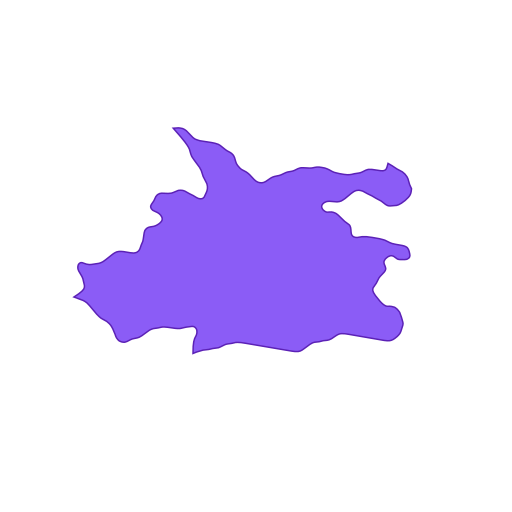 the district of Polo, Barahona, Dominican Republic, rotated 321°
{"feature_id": "3306468B683162392169", "entity_name": "Polo", "entity_type": "district", "adm_level": 2, "iso_a3": "DOM", "parent_name": "Dominican Republic", "parent_adm1": "Barahona", "projection": "natural_earth1", "projection_center": [-71.293, 18.122], "detail": "fine", "context": "isolated", "style": "filled", "palette": "violet", "viewbox_px": 512, "rotation_deg": 321, "n_neighbors": 0, "source": "geoboundaries", "source_scale": "gbopen_adm2", "svg_char_len": 5379}
<svg xmlns="http://www.w3.org/2000/svg" viewBox="0 0 512 512"><g transform="rotate(321 256 256)"><path d="M272.1,104.6L272.5,116.1L272.5,122.5L272.3,126.2L272.0,128.7L271.5,131.0L269.5,135.7L268.8,137.9L268.6,139.1L268.3,142.8L267.9,151.6L267.2,155.2L265.0,160.9L263.4,168.5L263.0,169.6L262.0,171.4L260.7,173.0L259.2,174.3L257.5,175.3L252.8,177.6L251.0,177.7L250.2,177.5L248.7,176.5L247.5,175.1L246.6,173.3L245.2,169.4L243.5,165.7L241.5,160.7L240.4,159.0L239.0,157.6L237.4,156.4L236.5,156.0L231.7,154.6L229.8,153.9L227.1,152.1L222.2,147.8L220.4,146.8L218.4,146.4L217.4,146.4L215.5,146.8L211.4,148.8L207.1,150.1L205.6,150.9L205.0,151.6L204.6,152.5L204.4,153.5L204.5,155.4L205.2,157.0L206.8,160.3L207.4,162.3L207.6,164.3L207.3,166.4L207.0,167.3L206.4,168.2L205.7,168.9L204.8,169.4L203.0,169.8L201.1,169.9L199.1,169.7L197.1,169.3L195.2,168.6L191.9,166.7L190.3,166.0L188.3,165.7L186.4,166.0L185.4,166.4L183.7,167.6L178.9,172.0L177.2,173.4L173.6,175.3L170.4,177.3L168.7,178.0L167.7,178.2L165.7,178.1L164.8,177.8L162.9,176.8L160.4,174.4L155.7,169.1L154.0,167.5L152.2,166.1L150.2,165.1L148.0,164.6L145.8,164.4L136.8,164.3L133.5,164.1L131.3,163.6L129.4,162.9L122.6,158.9L121.0,157.7L119.1,155.6L116.8,151.9L116.2,151.3L115.5,150.8L114.6,150.6L113.7,150.6L112.8,150.8L112.0,151.2L110.6,152.4L109.5,154.0L108.8,156.0L107.8,162.5L107.2,164.6L104.2,170.8L103.0,172.3L101.3,173.3L98.5,173.8L94.4,173.8L88.7,173.3L93.7,181.8L94.5,183.8L95.1,186.1L95.4,189.8L95.6,201.1L96.0,204.7L96.5,207.1L98.8,212.8L99.4,216.1L99.5,218.4L99.2,220.7L98.8,222.7L97.2,228.2L96.6,229.8L96.1,231.7L96.0,233.9L96.1,235.0L96.3,236.0L97.3,237.9L97.9,238.7L99.3,240.1L100.2,240.6L102.1,241.3L106.0,242.1L107.9,242.7L112.2,244.9L114.0,245.6L117.1,246.1L126.6,246.6L128.6,247.1L130.5,247.8L134.7,250.3L138.3,252.1L140.0,253.4L142.4,255.7L147.8,261.5L149.4,263.0L151.1,264.4L152.0,264.9L155.7,266.7L157.4,267.6L161.9,270.4L162.6,271.0L163.2,271.7L163.6,272.6L163.8,273.6L163.8,274.6L163.6,275.7L163.2,276.6L162.1,278.1L161.4,278.8L159.9,279.9L156.4,281.5L153.7,283.4L150.4,286.6L145.7,292.1L149.3,293.2L155.6,295.8L160.5,298.9L164.2,300.7L167.5,302.7L169.2,303.7L170.9,304.2L175.4,305.2L177.1,305.7L178.8,306.6L182.1,308.6L185.8,310.4L187.5,311.7L189.9,313.9L193.0,317.3L223.9,352.4L226.2,354.8L228.7,356.8L230.6,357.7L232.5,358.1L235.4,358.3L242.4,358.6L245.3,359.1L247.1,359.8L251.2,362.4L254.9,364.1L258.1,366.2L259.9,367.1L262.6,367.8L268.3,368.3L270.2,368.6L272.1,369.2L273.8,370.3L276.3,372.5L278.5,374.9L302.4,402.2L304.7,404.5L306.4,405.8L307.3,406.3L308.2,406.7L310.1,407.2L312.0,407.4L315.0,407.4L316.9,407.2L318.8,406.8L319.7,406.5L321.4,405.6L326.4,402.3L327.5,401.3L328.0,400.7L328.7,399.3L330.5,395.1L332.2,390.2L332.3,388.0L332.2,385.9L331.7,383.7L331.3,382.8L329.6,380.5L328.3,379.2L326.3,377.6L325.7,376.9L325.2,376.0L324.5,374.0L324.1,371.7L323.9,369.3L323.9,361.9L324.3,358.5L325.0,356.4L325.6,355.6L326.3,354.9L327.1,354.4L332.5,352.8L337.6,350.5L339.6,350.0L345.5,349.2L347.2,348.7L348.7,347.7L349.2,346.9L349.9,345.3L350.6,342.9L351.5,341.3L352.2,340.7L353.0,340.3L354.7,339.7L356.6,339.6L358.5,339.7L360.3,340.3L361.1,340.7L361.8,341.4L362.4,342.2L362.8,343.0L364.0,347.4L365.1,348.9L369.2,352.3L370.8,353.3L371.6,353.6L373.4,353.8L374.4,353.6L375.2,353.1L375.9,352.5L376.9,350.9L378.0,348.6L378.6,346.8L378.7,345.9L378.8,344.9L378.6,343.8L377.7,341.8L376.4,340.0L371.8,334.7L369.6,331.9L368.4,329.8L366.1,324.8L364.8,322.9L362.7,320.1L358.0,314.7L354.0,310.5L350.5,307.7L346.3,305.3L345.0,304.1L344.0,302.6L343.7,301.8L343.6,300.8L343.7,299.8L344.0,298.9L344.9,297.3L346.5,295.0L347.5,293.3L348.1,291.4L348.1,290.5L347.7,288.8L346.7,285.0L345.6,275.9L345.1,273.7L344.7,272.7L343.7,270.9L342.5,269.4L341.1,268.3L339.0,266.8L338.4,266.2L337.6,264.5L337.2,262.6L337.2,261.6L337.4,260.6L337.7,259.6L338.3,258.7L339.1,258.1L340.0,257.7L340.9,257.5L342.8,257.5L344.7,258.0L345.6,258.4L347.4,259.6L353.0,264.9L354.9,266.1L356.9,266.9L359.1,267.2L361.4,267.4L369.2,267.3L372.5,267.5L374.6,268.0L375.6,268.5L377.3,269.6L378.6,271.1L379.8,272.8L381.8,277.7L384.0,282.4L385.5,286.5L387.9,292.2L389.1,297.4L389.8,299.2L390.3,300.1L391.6,301.4L397.0,305.1L399.0,305.9L402.3,306.5L406.8,306.7L411.3,306.3L413.5,305.8L415.4,304.9L417.0,303.7L419.2,301.6L420.3,297.3L422.7,291.6L423.2,289.4L423.3,286.0L422.7,282.7L420.3,277.0L418.6,271.6L416.9,267.1L413.8,269.3L412.4,270.1L411.5,270.4L410.7,270.5L409.8,270.3L408.9,270.0L408.1,269.5L406.6,268.2L400.6,261.7L398.1,259.6L397.2,259.1L395.3,258.4L391.3,257.5L389.4,256.9L387.7,256.0L384.3,254.0L381.6,252.7L379.8,251.6L378.1,250.3L375.7,247.9L372.7,244.5L370.6,241.8L369.3,240.0L368.3,238.0L367.1,235.0L366.1,233.0L364.9,231.0L362.7,228.4L361.1,226.7L359.4,225.3L357.6,224.2L354.9,222.8L353.1,221.5L348.1,217.0L346.4,215.7L345.4,215.2L343.5,214.5L339.5,213.6L337.6,212.9L333.4,210.6L331.5,209.9L326.6,208.7L324.7,208.0L320.4,205.8L318.5,205.1L316.5,204.7L310.4,204.2L308.4,203.7L306.6,202.8L305.1,201.4L303.9,199.8L303.1,197.7L302.7,195.5L302.2,188.6L301.8,186.4L301.2,184.3L299.2,179.6L298.8,177.4L298.7,174.0L299.0,171.7L299.7,169.7L301.2,166.2L301.7,164.2L301.8,163.1L301.6,160.9L301.0,159.0L299.8,156.2L299.2,154.2L297.8,147.7L297.0,145.5L295.1,142.6L292.9,139.9L285.0,131.2L283.7,129.3L282.5,127.3L282.0,126.2L281.5,124.0L280.7,114.9L280.1,112.7L279.2,110.8L277.9,109.2L276.5,107.7L272.1,104.6Z" fill="#8b5cf6" stroke="#5b21b6" stroke-width="1.5"/></g></svg>